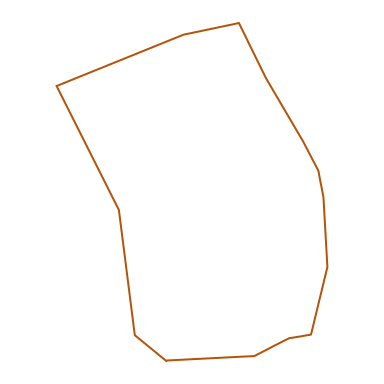 outline of Zamyn U'ud, Dornogovi, Mongolia
{"feature_id": "93677404B96748397231812", "entity_name": "Zamyn U'ud", "entity_type": "district", "adm_level": 2, "iso_a3": "MNG", "parent_name": "Mongolia", "parent_adm1": "Dornogovi", "projection": "mercator", "projection_center": [111.89, 43.804], "detail": "fine", "context": "isolated", "style": "outline", "palette": "amber", "viewbox_px": 384, "rotation_deg": 0, "n_neighbors": 0, "source": "geoboundaries", "source_scale": "gbopen_adm2", "svg_char_len": 574}
<svg xmlns="http://www.w3.org/2000/svg" viewBox="0 0 384 384"><path d="M166.3,361.0L166.7,360.5L210.0,358.3L245.3,356.5L254.3,356.1L256.8,354.8L274.5,345.6L279.1,343.3L281.6,342.0L285.5,340.0L287.9,338.9L288.9,338.3L299.9,336.5L310.9,334.6L311.0,334.5L311.0,334.3L311.1,334.2L314.4,320.6L327.4,267.0L324.4,214.2L323.5,197.9L321.8,188.6L320.0,179.5L318.4,170.8L305.2,145.5L303.5,142.1L282.0,105.5L266.0,78.2L262.9,71.9L261.8,69.7L241.4,28.1L238.9,23.0L238.6,23.1L183.4,34.7L56.6,86.0L118.9,210.0L134.8,335.2L166.3,361.0Z" fill="none" stroke="#b45309" stroke-width="2"/></svg>